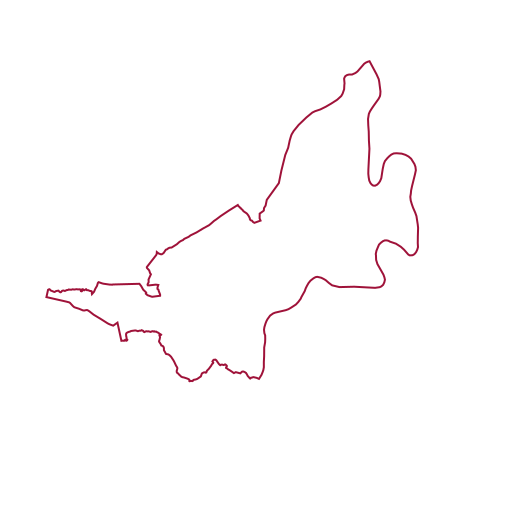 Wiang Nong Long, Lamphun, Thailand, rotated 148°
{"feature_id": "78962969B5977206597344", "entity_name": "Wiang Nong Long", "entity_type": "district", "adm_level": 2, "iso_a3": "THA", "parent_name": "Thailand", "parent_adm1": "Lamphun", "projection": "albers", "projection_center": [98.777, 18.415], "detail": "fine", "context": "isolated", "style": "outline", "palette": "rose", "viewbox_px": 512, "rotation_deg": 148, "n_neighbors": 0, "source": "geoboundaries", "source_scale": "gbopen_adm2", "svg_char_len": 6098}
<svg xmlns="http://www.w3.org/2000/svg" viewBox="0 0 512 512"><g transform="rotate(148 256 256)"><path d="M450.3,337.5L455.5,332.2L441.2,318.0L439.1,315.8L438.6,314.9L437.8,310.6L437.3,309.0L436.8,308.3L434.0,305.0L431.6,301.6L430.6,300.8L428.4,300.0L427.9,299.7L427.4,299.0L426.6,297.3L424.8,292.3L420.7,284.2L417.8,278.1L417.0,276.6L415.9,275.0L414.0,272.6L408.8,272.9L415.1,255.4L413.6,254.7L412.9,254.0L411.7,254.2L411.1,253.0L410.8,252.8L410.1,252.8L409.5,253.1L409.5,253.6L409.7,254.5L408.8,255.8L408.7,256.5L407.8,258.3L407.2,259.0L406.5,259.3L405.6,259.3L404.2,259.1L403.0,258.7L401.7,258.6L397.9,256.9L397.2,256.3L396.0,254.8L394.3,254.4L393.3,253.7L392.3,253.7L391.3,252.2L391.4,251.3L391.0,250.6L389.0,250.4L388.1,249.6L387.2,249.2L385.5,247.4L384.3,247.3L383.5,247.0L383.0,246.3L382.3,246.2L381.8,245.3L380.8,244.9L380.0,243.3L379.5,242.7L379.0,241.2L378.3,240.0L378.2,239.5L378.7,239.4L379.6,240.0L379.9,240.0L380.4,238.0L382.1,236.2L383.1,235.4L383.5,234.9L383.6,234.3L383.5,232.0L383.7,230.3L382.8,229.1L382.7,228.7L382.6,227.9L382.9,226.7L384.0,224.9L384.2,221.0L384.2,220.6L382.6,219.1L382.0,218.0L381.4,215.6L381.3,211.1L381.5,208.7L381.6,208.1L381.9,205.4L381.9,203.3L382.1,202.6L382.4,202.2L384.2,200.5L384.7,199.6L384.8,198.9L384.7,198.5L384.3,197.7L384.1,196.2L383.7,194.9L383.4,193.5L382.9,192.6L382.5,192.1L381.6,191.3L379.5,188.8L378.3,187.1L378.2,186.4L378.2,186.0L378.8,185.3L378.7,185.0L377.3,184.5L376.4,183.7L375.7,183.6L375.3,183.9L374.5,184.0L372.7,183.3L371.5,183.0L370.7,182.9L366.6,183.1L364.2,185.0L363.6,185.1L361.9,184.9L360.9,184.4L360.6,183.8L360.2,183.6L359.8,183.6L358.4,184.7L355.8,185.3L352.2,186.7L350.6,187.6L349.4,187.8L348.8,188.1L348.7,188.5L348.9,189.6L348.4,189.9L347.5,190.3L346.8,190.3L346.5,190.3L345.7,189.7L345.3,189.6L344.9,188.6L344.7,184.2L344.3,182.5L344.1,182.3L343.6,182.4L343.1,182.3L342.1,181.7L341.4,180.8L340.7,180.5L339.7,180.5L339.4,180.2L339.0,178.8L339.0,178.1L340.5,177.3L340.7,176.9L340.2,176.1L339.7,174.6L339.0,173.4L337.9,171.0L336.8,168.4L334.7,168.2L331.5,164.8L329.3,165.3L328.5,165.1L327.8,164.6L327.0,163.4L326.4,162.0L326.5,161.6L326.4,160.8L326.6,158.7L326.0,155.3L325.8,155.1L324.7,155.4L323.8,155.0L322.7,154.8L322.2,154.5L320.0,152.3L318.6,150.2L314.3,152.3L311.8,154.1L310.2,155.4L308.3,157.5L305.5,162.0L302.2,166.7L297.5,174.1L294.0,178.0L292.1,180.8L290.3,183.8L289.8,186.1L288.3,189.2L286.6,191.2L283.6,193.8L281.7,195.2L279.8,196.3L275.6,198.0L271.9,198.2L269.7,197.8L259.5,194.3L256.7,193.7L253.7,193.6L247.9,193.7L244.5,194.6L240.7,196.1L239.3,197.1L233.3,200.4L230.9,202.3L228.6,203.7L225.8,205.2L222.9,206.2L219.4,206.6L217.7,206.6L216.3,206.4L215.0,205.8L212.2,203.0L210.8,200.7L209.7,198.6L208.5,194.6L207.0,190.8L201.7,185.4L189.0,177.9L171.9,165.9L167.6,164.0L165.8,163.8L163.4,164.2L161.1,165.7L159.2,167.6L158.4,169.9L157.8,172.7L157.3,184.8L156.2,189.0L153.8,193.2L153.4,194.2L151.0,196.7L147.5,199.2L145.6,200.5L142.9,201.1L140.4,201.3L138.6,201.0L136.8,199.9L135.6,198.7L134.8,197.2L130.8,192.3L128.3,187.1L127.1,182.9L126.1,176.6L125.4,175.2L124.5,174.6L122.8,173.7L121.2,173.6L120.0,173.8L118.1,174.5L115.9,175.9L113.9,177.7L112.0,181.2L108.4,186.8L103.6,194.0L102.1,197.1L98.8,204.8L98.0,208.4L97.2,213.8L96.4,217.4L95.4,221.0L93.8,224.4L91.7,226.8L89.7,229.4L86.5,232.7L78.1,240.8L75.0,244.0L73.5,247.2L72.9,250.1L72.9,256.3L73.9,259.5L75.6,262.5L78.2,265.6L82.4,268.7L84.9,270.0L87.5,270.3L90.0,270.0L92.7,269.4L96.3,268.2L98.8,266.4L102.3,262.8L108.5,255.6L111.2,253.7L113.3,252.8L115.5,252.3L117.7,252.5L119.3,253.6L120.0,255.2L120.3,257.1L120.0,259.9L118.8,262.9L117.2,266.2L114.8,269.9L103.0,286.8L99.1,294.0L94.5,301.7L91.5,307.4L88.4,312.8L85.0,316.7L82.8,318.2L79.5,319.8L76.3,321.2L68.8,324.3L66.4,325.7L65.2,326.9L63.3,329.5L59.2,338.4L58.2,341.0L57.5,346.2L56.5,361.0L58.2,361.5L60.3,361.8L62.4,361.7L72.2,358.7L74.7,358.5L78.4,359.0L81.0,360.6L82.8,361.2L84.9,361.2L86.3,360.5L87.3,359.7L89.5,355.4L90.4,354.3L92.9,350.7L96.5,347.8L98.9,346.5L104.3,345.5L111.3,345.4L117.7,345.6L123.8,346.2L129.2,347.5L132.2,347.8L139.8,346.8L150.3,344.6L157.9,342.0L161.4,340.2L162.7,339.2L166.2,336.1L171.4,330.7L177.6,326.2L189.0,315.2L198.0,305.7L217.1,297.9L221.2,293.6L222.2,293.2L223.9,292.3L225.2,290.5L225.8,290.3L230.4,290.0L233.0,286.0L233.4,283.6L239.8,285.0L240.5,286.4L240.7,288.1L241.6,289.2L241.7,289.7L241.6,290.7L241.3,291.1L241.2,291.7L241.0,294.3L241.2,296.6L241.5,297.5L242.6,299.9L243.0,301.3L243.0,302.4L243.5,303.6L243.5,304.5L244.0,305.6L244.0,306.6L244.5,307.5L244.4,308.9L255.0,308.9L264.6,308.6L270.2,308.1L273.0,308.0L276.5,307.4L279.4,307.0L286.3,307.4L294.0,307.5L300.7,308.2L302.2,308.0L303.4,308.0L307.3,308.5L308.1,308.5L309.5,308.2L311.5,308.5L313.6,308.5L316.9,307.9L323.1,307.9L324.6,308.7L325.3,308.9L326.5,309.0L327.7,308.8L329.2,309.1L332.7,307.5L333.8,307.4L335.0,307.4L335.8,307.9L337.2,309.7L338.0,311.9L339.1,310.4L340.1,309.7L354.4,304.5L354.6,304.3L354.8,303.6L354.2,300.4L354.9,297.6L354.8,296.2L359.6,293.0L360.9,290.7L362.6,289.7L363.2,289.1L363.3,288.5L362.9,288.2L362.2,287.7L356.5,285.0L355.5,284.3L354.2,283.2L356.2,281.5L356.9,280.5L357.0,280.2L356.8,279.9L356.6,279.1L357.0,278.0L357.6,274.8L357.9,273.8L358.4,273.1L365.6,276.4L366.2,277.0L368.8,280.3L369.4,282.4L368.6,282.9L368.6,283.8L369.5,287.2L369.3,291.2L369.6,294.2L392.5,307.7L392.8,307.7L393.1,307.9L395.0,309.1L399.9,313.2L400.9,314.2L403.3,317.2L404.0,317.1L404.4,316.9L406.7,314.9L409.6,313.4L412.3,311.5L415.3,310.6L415.0,311.4L414.2,312.5L414.1,313.2L414.3,313.5L415.5,314.5L416.4,315.9L417.6,316.7L417.7,317.0L417.6,317.7L417.7,317.9L419.8,317.9L420.2,318.3L420.2,319.2L420.4,319.4L420.6,319.7L421.2,319.9L421.7,319.7L421.9,319.4L421.9,318.6L422.3,318.4L422.7,318.5L423.1,319.0L422.7,320.5L423.0,321.1L424.7,322.0L425.7,322.9L428.0,323.9L429.1,324.9L430.5,325.3L431.9,326.2L432.4,326.8L433.6,326.9L434.6,327.4L436.6,327.6L437.5,328.7L438.4,329.1L439.0,329.2L440.5,328.7L441.0,328.8L441.3,329.1L441.6,329.8L441.9,331.3L444.1,332.2L445.4,332.2L446.1,332.4L448.4,335.6L448.6,336.9L448.8,337.3L449.5,337.5L450.3,337.5Z" fill="none" stroke="#9f1239" stroke-width="2"/></g></svg>